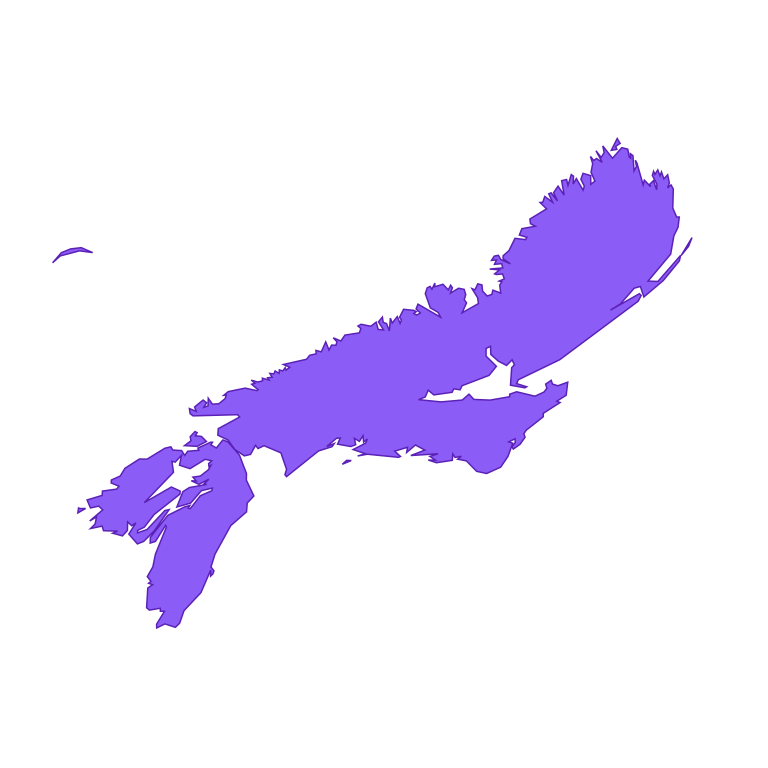 the Province of Nova Scotia, rotated 175°
{"feature_id": "CAN-685", "entity_name": "Nova Scotia", "entity_type": "Province", "adm_level": 1, "iso_a3": "CAN", "parent_name": "Canada", "parent_adm1": "", "projection": "equal_earth", "projection_center": [-62.958, 45.228], "detail": "fine", "context": "isolated", "style": "filled", "palette": "violet", "viewbox_px": 768, "rotation_deg": 175, "n_neighbors": 0, "source": "natural_earth", "source_scale": "10m", "svg_char_len": 6150}
<svg xmlns="http://www.w3.org/2000/svg" viewBox="0 0 768 768"><g transform="rotate(175 384 384)"><path d="M275.0,291.0L289.5,285.9L299.3,288.9L308.6,300.2L317.2,302.7L313.2,305.3L319.6,304.6L321.6,308.3L322.6,302.0L338.6,301.0L346.5,304.4L339.4,303.7L344.6,307.9L336.2,309.8L363.5,310.4L349.1,314.6L358.0,320.5L367.4,313.8L366.1,318.9L379.2,316.2L373.9,310.4L375.9,309.7L406.7,315.5L416.5,314.6L408.7,316.2L420.5,321.4L407.4,326.7L405.4,330.6L409.4,327.9L409.4,334.3L413.5,329.0L418.2,332.4L417.5,326.0L422.4,324.6L435.5,328.1L432.3,334.0L436.0,334.1L446.4,326.8L438.8,329.0L441.2,326.1L455.1,323.0L489.2,300.2L490.6,302.3L488.5,307.5L492.7,324.4L508.9,333.0L515.1,330.7L517.3,334.1L523.1,325.5L529.4,324.6L538.3,331.8L544.2,341.7L554.0,347.5L553.0,354.0L530.7,363.7L532.7,366.2L577.0,368.9L579.7,371.3L580.0,376.5L573.4,373.1L574.7,377.6L565.6,383.8L562.4,380.8L565.5,376.5L561.2,377.5L560.3,385.1L556.7,378.9L550.3,378.7L543.5,383.3L542.2,386.7L544.6,386.7L539.8,390.0L522.7,392.0L511.3,388.5L509.8,389.2L515.9,395.3L512.5,396.0L515.9,399.4L509.7,397.0L504.7,397.7L504.7,400.4L498.1,398.0L499.4,400.4L494.8,400.4L496.8,404.5L492.8,403.7L491.3,406.5L487.6,403.7L487.0,407.2L483.7,405.8L481.0,408.9L480.4,406.3L476.5,408.9L482.5,412.2L459.0,415.4L455.5,419.1L448.9,420.0L448.9,423.4L443.7,421.5L438.4,431.0L435.8,422.6L432.8,427.3L428.5,426.8L427.2,430.2L430.5,434.4L423.2,430.6L418.7,436.1L404.1,437.1L402.2,441.3L404.9,444.0L401.7,445.5L392.1,442.7L386.4,446.3L385.0,438.8L379.8,437.9L384.1,446.4L379.8,450.8L379.4,445.4L376.2,444.0L374.0,436.4L371.9,449.1L370.5,444.0L364.9,450.0L362.7,443.0L361.1,446.3L362.7,449.1L358.0,456.7L348.0,454.8L345.5,453.3L348.2,451.6L345.3,449.8L341.6,451.6L345.5,456.0L343.2,460.6L321.8,445.6L323.9,450.7L331.2,455.8L335.0,470.4L332.6,476.0L329.6,477.2L328.0,474.3L324.5,480.1L325.0,476.5L316.5,478.2L311.8,472.1L309.0,476.6L307.5,473.9L309.9,468.7L301.3,472.9L295.9,471.3L294.8,465.9L296.7,461.0L294.7,457.6L300.0,448.1L282.9,455.9L283.2,461.8L288.0,471.3L285.2,469.9L281.8,475.6L277.8,474.2L277.7,468.0L273.6,462.7L268.8,463.8L267.3,468.0L259.8,464.4L260.1,472.4L257.7,475.6L260.3,476.5L255.0,478.2L256.3,483.3L262.5,483.3L264.2,484.1L258.9,487.6L268.7,489.3L255.6,489.3L256.3,493.6L263.5,493.6L261.1,497.8L266.1,497.8L263.0,501.8L258.8,502.2L256.8,497.8L247.6,492.7L254.4,498.3L254.2,501.3L247.9,506.0L240.8,517.7L230.4,515.5L228.9,517.7L236.2,520.6L233.1,526.7L219.5,528.0L224.1,530.9L224.3,535.6L206.8,544.3L212.7,551.2L210.0,551.2L207.5,556.8L200.2,550.4L203.3,559.1L200.9,559.9L195.2,551.3L198.4,559.8L193.4,565.9L188.1,556.5L189.3,571.1L184.3,571.8L183.4,565.9L179.2,576.3L177.1,574.5L178.1,566.7L174.5,571.9L168.8,559.8L167.2,563.6L170.0,570.8L167.4,576.5L160.0,573.6L160.5,564.9L156.2,567.7L159.3,576.9L156.9,585.3L158.5,592.7L155.6,588.4L152.6,590.1L147.3,585.8L152.5,597.9L147.9,590.8L144.5,595.3L145.3,602.1L136.7,589.0L126.5,598.7L120.7,596.7L119.9,588.7L118.6,587.5L118.4,591.9L116.1,589.8L116.3,574.5L113.5,578.8L114.1,585.0L112.7,581.8L108.5,559.8L106.9,564.4L101.2,557.3L101.9,559.8L97.8,563.1L95.5,553.7L94.7,559.3L98.5,568.4L96.9,572.4L95.8,569.2L92.6,573.4L90.9,567.3L89.1,571.1L87.3,564.0L83.2,567.7L82.2,559.3L84.4,554.6L80.7,557.3L78.8,553.0L81.0,534.1L77.9,524.8L75.3,524.6L77.4,514.6L82.3,506.4L87.1,488.4L112.0,463.5L102.2,462.3L77.3,486.3L79.0,480.9L96.8,462.7L117.5,448.1L120.1,458.8L126.4,457.6L141.6,443.1L152.0,437.9L121.7,451.7L120.1,449.8L123.6,444.3L206.8,392.9L249.9,376.5L251.8,372.8L242.1,368.8L244.0,367.9L258.1,371.8L255.4,389.1L252.4,391.8L254.3,396.9L260.3,391.8L268.1,396.8L275.0,404.1L274.6,412.3L279.2,410.5L279.9,402.9L270.5,391.8L278.6,383.4L306.4,375.5L308.7,371.6L314.9,373.1L316.9,369.8L335.3,368.8L340.5,374.0L344.0,367.5L351.0,365.4L328.7,361.2L307.4,361.2L300.2,366.5L295.8,360.8L279.7,358.7L259.9,360.4L259.7,362.9L252.6,364.7L234.7,358.7L225.4,362.0L222.1,365.5L223.0,369.8L217.1,373.1L216.2,369.3L211.0,367.1L200.8,369.8L203.5,356.9L213.4,351.8L210.2,350.2L227.9,340.9L228.2,337.5L246.3,325.6L249.0,322.3L248.1,318.7L253.7,312.1L260.9,307.9L262.0,310.5L258.4,314.0L258.2,318.0L264.8,315.5L260.9,313.8L266.8,301.1L275.0,291.0ZM664.0,312.1L654.8,315.3L649.4,322.6L634.2,330.6L626.6,329.8L607.9,339.1L601.8,340.0L600.2,336.6L591.4,335.3L588.8,330.2L585.4,334.1L574.2,334.1L575.0,336.4L561.6,341.2L559.9,340.9L561.8,338.5L556.6,334.9L549.4,342.3L544.6,340.0L534.2,325.7L528.8,306.8L529.5,300.2L523.4,283.8L530.6,277.4L532.1,268.6L549.0,256.3L567.2,229.2L572.3,216.8L569.7,212.7L571.0,209.7L573.5,207.7L572.9,213.7L584.5,192.2L603.0,175.6L608.4,163.6L613.0,159.8L623.2,164.1L631.7,160.8L631.5,164.5L622.5,176.7L626.6,177.1L626.4,180.1L637.4,179.2L640.0,181.8L637.1,201.3L632.0,204.3L635.9,206.0L633.3,207.7L636.6,212.7L630.2,222.0L626.5,234.5L613.2,260.5L613.9,262.2L625.4,247.1L630.8,245.9L630.1,251.6L610.8,272.0L593.4,278.9L588.0,279.9L590.0,277.4L587.9,276.7L576.7,288.7L564.8,292.7L564.0,295.2L575.1,293.7L587.0,282.2L601.1,279.5L593.7,294.3L586.9,297.8L569.4,299.4L572.0,300.2L566.8,304.4L577.2,300.2L584.4,304.4L579.5,303.7L582.5,307.9L575.0,308.3L566.5,313.8L563.6,318.0L565.6,317.1L565.6,320.1L562.3,322.5L568.6,324.6L584.6,316.6L594.8,320.9L591.9,330.6L598.8,324.4L602.0,325.4L601.4,314.4L633.2,286.7L604.8,299.9L596.4,295.1L596.9,292.1L624.4,274.0L635.2,262.3L642.2,259.6L642.5,257.2L632.7,259.7L613.3,277.1L609.0,277.6L625.6,257.8L637.2,248.1L643.6,246.2L651.3,256.7L643.3,267.3L647.7,264.8L651.4,269.0L652.4,260.4L657.8,255.5L667.3,259.0L662.2,260.6L676.2,262.3L677.2,267.0L688.9,265.6L684.0,269.7L682.0,276.6L689.1,273.2L675.2,283.1L678.8,287.2L687.2,286.1L689.9,294.4L674.5,297.6L673.8,301.9L659.4,302.6L657.0,305.3L664.4,309.2L664.0,312.1ZM575.6,338.2L588.1,340.0L581.2,344.3L581.7,348.4L576.4,353.1L574.4,351.8L576.5,348.9L570.5,347.7L565.9,342.2L575.6,338.2ZM695.4,539.8L703.6,533.6L694.0,542.9L684.4,545.9L673.7,546.2L662.8,540.3L675.7,543.2L695.4,539.8ZM132.5,600.5L131.6,597.4L137.2,597.0L130.3,608.2L127.8,603.1L132.5,600.5ZM68.6,494.6L76.7,486.2L64.4,503.0L68.6,494.6ZM699.1,287.1L697.4,286.4L692.1,286.0L700.2,282.3L699.1,287.1ZM423.3,310.6L432.5,307.7L427.8,311.2L423.3,310.6Z" fill="#8b5cf6" stroke="#5b21b6" stroke-width="1.5"/></g></svg>